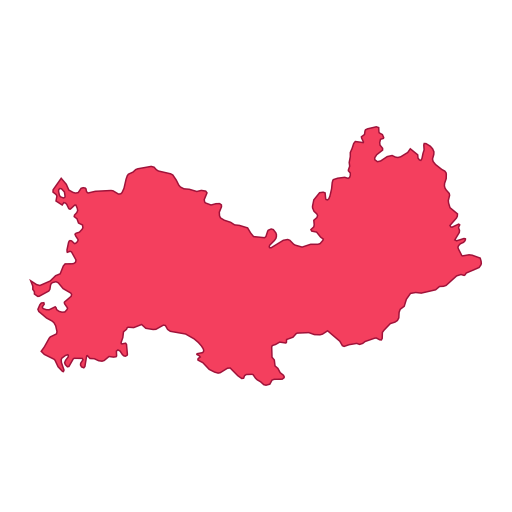 map outline of Mordovia (Albers equal-area conic projection)
{"feature_id": "RUS-2372", "entity_name": "Mordovia", "entity_type": "Republic", "adm_level": 1, "iso_a3": "RUS", "parent_name": "Russia", "parent_adm1": "", "projection": "albers", "projection_center": [44.161, 54.419], "detail": "fine", "context": "isolated", "style": "filled", "palette": "rose", "viewbox_px": 512, "rotation_deg": 0, "n_neighbors": 0, "source": "natural_earth", "source_scale": "10m", "svg_char_len": 5971}
<svg xmlns="http://www.w3.org/2000/svg" viewBox="0 0 512 512"><path d="M153.1,329.5L145.8,328.3L141.6,324.5L133.7,327.6L128.1,327.2L127.2,327.7L126.5,329.3L123.5,331.8L122.8,337.6L121.1,342.5L121.3,343.6L121.9,343.9L125.6,343.2L126.5,344.4L127.4,354.4L127.1,355.3L125.4,356.2L123.9,355.9L122.4,354.6L120.1,351.1L117.9,349.9L116.4,351.1L116.6,355.9L116.1,356.7L113.6,357.1L109.0,356.5L104.2,360.5L102.0,361.2L98.6,360.7L94.3,358.7L90.0,358.5L87.4,355.6L86.8,355.8L86.4,357.3L84.9,366.5L83.8,367.8L81.5,366.9L80.5,365.0L80.7,363.2L83.0,359.7L82.2,358.4L74.2,358.3L73.3,358.8L68.9,366.5L67.4,366.8L65.3,364.6L64.6,362.7L65.6,360.3L68.2,356.9L68.3,355.2L67.7,354.7L65.4,355.5L61.9,358.1L61.2,359.6L61.4,362.5L64.0,370.1L63.4,371.6L62.5,371.4L58.1,366.8L55.0,360.2L54.0,359.2L44.3,354.4L41.2,351.3L44.3,347.0L49.2,338.2L50.3,336.9L56.5,333.9L57.0,331.7L55.7,325.8L53.9,322.6L52.0,321.0L46.5,318.0L38.8,311.5L37.9,309.3L39.9,304.7L41.3,303.0L43.8,302.7L44.2,304.2L42.3,306.9L42.5,307.8L43.4,308.7L46.3,309.7L49.1,309.8L55.2,306.8L56.1,307.8L56.6,309.6L58.9,311.3L62.0,312.2L64.8,312.0L67.0,309.6L67.6,308.1L64.7,303.9L64.3,302.8L64.5,302.0L71.2,296.3L71.6,294.3L70.7,293.0L63.1,288.6L58.3,282.8L56.0,281.7L52.5,282.6L51.2,283.6L50.5,285.3L49.9,289.2L48.8,291.0L39.1,296.3L37.7,296.4L34.4,294.0L34.4,291.7L32.8,289.4L32.8,286.1L30.7,280.8L36.6,284.6L39.9,285.5L50.2,281.0L55.6,275.7L60.2,273.8L63.3,266.0L65.1,263.9L72.0,263.8L73.8,263.5L75.5,262.3L76.0,260.0L71.5,251.9L70.1,251.3L67.3,252.3L67.1,251.8L67.0,249.8L68.5,242.7L69.1,241.2L70.0,240.6L71.6,240.9L74.5,243.6L75.7,243.3L77.3,241.8L78.1,240.2L78.0,239.5L75.7,236.0L75.0,234.2L76.1,233.2L79.4,232.2L82.1,229.3L82.9,227.7L82.5,225.0L78.5,223.0L77.0,218.8L74.2,216.6L74.5,215.1L76.8,212.6L77.7,210.5L77.2,208.1L75.9,205.1L74.7,205.1L70.4,209.1L69.6,209.1L68.8,208.6L66.7,204.3L65.5,203.1L63.8,202.6L62.2,205.0L56.0,201.0L56.9,196.2L56.2,194.6L53.0,192.1L53.1,189.8L61.2,178.3L66.3,184.3L68.8,190.0L73.0,192.4L75.5,193.1L78.2,192.6L81.1,188.3L83.2,187.7L85.3,188.1L86.0,188.9L86.4,191.2L87.2,192.5L88.1,193.0L95.3,191.3L111.0,190.5L113.0,190.8L118.5,194.1L120.8,193.8L122.1,192.5L124.0,188.3L126.1,179.1L127.3,175.7L128.4,174.2L133.0,172.1L135.7,169.6L137.7,168.8L151.2,166.4L154.1,167.2L156.3,169.7L158.4,171.0L170.6,173.8L172.8,175.0L176.2,180.0L178.8,185.2L180.4,187.0L183.9,188.8L189.4,189.3L196.8,191.5L201.3,190.4L205.7,191.1L207.0,192.9L204.2,199.7L204.7,202.1L205.4,202.9L211.0,205.0L216.0,203.7L219.6,203.6L221.4,204.9L221.5,206.8L219.3,212.2L219.5,215.8L220.5,217.9L224.2,220.2L230.6,222.3L234.6,224.9L239.4,225.4L247.6,227.9L250.7,233.1L253.6,236.6L264.6,237.7L265.9,236.6L267.7,231.1L268.3,230.2L271.2,229.0L273.3,229.6L275.8,232.8L276.4,234.5L276.4,236.5L275.9,238.4L274.4,240.5L269.7,245.2L269.2,246.8L269.6,247.7L271.1,247.8L283.3,240.3L287.7,239.5L289.8,240.3L293.6,244.2L295.1,245.1L302.1,247.1L310.6,244.3L317.9,244.3L320.1,243.6L322.8,240.5L323.3,239.1L320.6,237.1L316.6,232.1L311.7,231.1L310.9,229.6L313.8,226.9L314.2,224.8L313.8,220.3L316.9,217.6L317.6,215.6L316.9,214.0L314.0,211.3L312.6,208.0L312.5,206.3L313.8,199.9L319.6,192.7L323.2,192.2L325.1,192.9L325.7,199.0L326.2,199.6L327.6,199.9L328.8,198.8L329.9,196.2L331.6,188.8L332.2,182.7L332.9,180.2L333.4,179.6L337.7,178.2L344.7,177.3L348.2,178.4L349.6,177.4L350.3,175.5L350.3,173.0L348.4,170.8L348.4,169.9L349.7,166.2L349.2,162.5L350.3,156.7L350.3,152.5L352.0,148.7L353.7,143.5L355.3,141.5L363.2,142.6L363.5,142.0L361.7,138.3L361.4,136.8L364.5,134.5L365.0,131.0L365.5,129.8L367.6,128.8L376.3,126.8L378.7,127.6L378.9,131.8L379.3,132.9L382.4,134.6L383.7,137.6L383.4,138.4L380.5,139.3L379.7,142.5L380.0,145.1L382.6,148.3L382.6,150.1L376.7,154.7L374.7,157.8L374.8,159.7L377.4,161.7L380.6,161.0L387.2,156.6L392.1,155.5L395.4,157.1L397.9,157.5L400.7,156.8L407.7,152.5L410.3,148.8L417.7,154.8L418.0,158.1L419.5,160.0L420.8,160.4L421.9,158.7L423.0,153.4L424.1,149.9L423.8,145.0L424.2,143.5L426.0,143.6L430.3,146.2L432.6,148.8L433.9,151.8L433.8,154.4L432.5,159.0L433.1,161.5L435.5,164.5L441.7,169.4L444.8,171.1L446.0,172.7L446.3,174.1L446.2,178.6L444.6,183.3L444.4,185.9L445.0,188.1L446.2,190.0L449.2,193.4L449.6,195.3L448.3,200.6L448.6,203.1L450.0,207.7L457.5,213.9L457.3,216.3L456.4,218.1L449.9,225.5L450.9,227.0L452.0,227.2L458.7,224.1L459.7,224.9L458.7,226.9L458.6,228.0L459.5,230.3L459.3,232.5L454.8,239.9L456.6,240.8L464.0,238.5L465.4,238.8L465.4,239.8L464.6,241.3L463.4,242.4L460.3,243.8L458.6,245.6L457.9,247.1L458.3,248.7L461.8,255.6L462.5,255.9L469.1,254.8L472.2,255.2L480.2,258.1L481.1,261.3L481.3,263.6L480.9,264.9L479.1,267.5L466.3,273.0L464.9,275.0L464.1,275.4L461.0,274.5L456.6,275.9L446.1,285.4L443.5,286.3L439.5,286.5L435.6,289.8L421.3,293.1L415.7,292.5L410.5,293.4L406.4,299.2L404.2,306.3L400.2,309.3L399.1,312.3L398.8,317.9L397.4,320.5L395.0,322.1L390.3,323.6L384.0,330.2L382.4,332.4L382.2,338.4L381.4,339.9L379.7,339.8L376.3,338.0L374.6,338.2L365.1,341.5L362.7,343.4L359.6,344.4L356.7,343.4L349.1,344.7L344.1,346.4L342.4,345.7L339.8,341.2L327.6,330.8L322.5,334.1L320.0,334.8L314.4,334.6L308.8,332.6L297.2,333.1L296.1,333.7L293.0,337.2L286.6,339.5L286.4,342.4L285.8,343.0L279.7,342.1L275.5,344.5L272.9,345.3L271.9,346.1L271.7,347.4L272.0,357.2L274.3,360.0L275.0,365.9L277.9,368.4L280.2,372.7L283.5,375.3L284.2,376.8L284.1,377.7L282.2,379.2L274.1,379.3L272.0,380.1L269.8,384.2L266.0,385.2L263.8,384.7L260.6,381.8L257.2,379.8L255.5,378.2L253.1,374.7L252.1,374.3L246.3,374.5L244.6,375.6L243.6,378.2L241.7,378.5L237.8,375.7L230.2,368.0L227.5,368.2L220.2,372.7L218.1,373.1L214.6,372.1L209.2,369.4L202.9,362.7L198.0,360.1L197.9,359.1L198.3,358.4L200.2,357.0L199.3,355.8L196.9,354.5L197.1,353.7L202.7,352.6L203.6,351.3L203.7,350.4L203.2,348.7L201.4,345.9L198.4,342.5L194.2,338.9L185.6,334.0L170.3,331.3L167.6,329.4L165.4,325.5L163.4,325.1L155.9,329.3L153.1,329.5ZM63.5,198.0L64.7,197.4L65.1,196.4L64.4,191.9L61.5,188.8L59.9,188.5L58.7,189.6L58.6,191.5L59.4,195.2L60.4,196.8L63.5,198.0Z" fill="#f43f5e" stroke="#9f1239" stroke-width="1.5"/></svg>